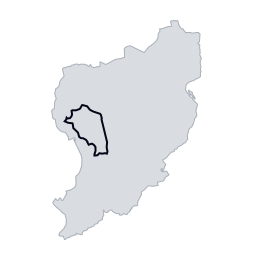 Semnan on a map of Iran (Natural Earth projection), rotated 258°
{"feature_id": "IRN-3215", "entity_name": "Semnan", "entity_type": "Province", "adm_level": 1, "iso_a3": "IRN", "parent_name": "Iran", "parent_adm1": "", "projection": "natural_earth1", "projection_center": [54.411, 35.84], "detail": "coarse", "context": "in_parent", "style": "outline", "palette": "ink", "viewbox_px": 256, "rotation_deg": 258, "n_neighbors": 0, "source": "natural_earth", "source_scale": "10m", "svg_char_len": 4124}
<svg xmlns="http://www.w3.org/2000/svg" viewBox="0 0 256 256"><g transform="rotate(258 128 128)"><path d="M128.5,67.6L131.2,67.7L136.2,66.1L136.7,65.7L138.2,62.3L139.9,60.8L142.9,59.0L144.9,58.4L151.7,58.6L152.2,57.2L153.3,56.5L160.7,56.9L161.8,58.0L162.3,59.9L168.5,61.7L169.7,62.2L171.3,63.7L172.5,64.0L174.1,63.4L175.1,63.8L176.7,63.4L181.5,65.6L182.2,67.7L183.1,68.7L184.2,69.6L188.0,71.3L189.1,72.3L192.0,76.3L199.6,76.2L200.2,77.1L200.1,78.8L200.7,82.9L200.1,84.4L201.1,85.7L201.1,88.3L201.5,90.0L200.7,92.5L199.8,93.0L200.3,95.2L199.6,97.3L199.7,98.1L198.5,99.9L198.5,100.6L196.3,102.3L197.9,104.7L195.5,104.9L194.0,107.5L194.4,110.6L194.0,112.2L194.3,113.1L194.9,113.7L198.3,114.3L198.4,114.7L194.9,119.2L195.1,121.0L197.8,130.1L197.4,134.7L197.9,139.4L206.3,140.8L207.3,142.0L208.0,144.6L208.0,146.6L207.7,147.6L198.4,159.5L203.3,165.5L203.5,166.8L206.5,172.7L209.3,175.7L214.0,177.3L216.2,179.5L218.2,179.4L218.1,182.4L218.9,188.6L218.4,191.4L220.0,192.0L222.6,191.6L223.5,192.1L224.0,193.2L223.4,193.7L223.5,196.2L222.9,196.7L222.6,199.0L218.8,199.1L215.3,200.1L214.0,201.0L213.3,202.6L212.2,202.5L211.8,203.1L209.3,204.2L208.5,208.9L207.5,210.1L206.9,216.8L206.3,216.9L205.1,218.0L197.4,215.8L196.6,214.2L195.8,213.9L194.7,215.5L190.9,214.6L189.6,214.8L188.7,214.4L186.7,214.3L185.0,213.4L180.8,214.2L178.3,212.5L175.5,212.0L172.2,212.0L169.5,210.8L168.0,211.3L167.4,210.4L163.3,209.6L162.0,206.5L161.9,205.0L160.9,202.4L160.5,198.6L159.6,195.9L157.9,193.6L153.2,192.2L150.8,192.9L149.0,194.2L146.0,195.0L143.7,197.5L142.4,197.3L137.0,200.8L135.8,200.7L131.7,198.4L129.9,198.0L126.2,198.1L124.2,196.5L123.7,195.4L118.8,193.0L115.9,190.7L115.0,188.6L113.7,187.1L110.8,185.9L109.2,184.6L104.7,184.1L101.6,180.8L101.6,179.7L99.7,176.1L99.4,173.5L99.0,172.8L97.5,171.7L97.2,171.0L97.6,169.3L95.6,168.3L95.3,167.5L95.3,164.9L90.5,158.8L89.6,155.4L88.7,155.2L84.3,157.4L83.1,156.2L79.3,154.0L78.8,153.2L79.8,152.8L80.7,153.2L81.3,152.7L81.1,152.0L80.1,151.5L78.8,151.6L79.2,152.3L78.0,152.9L77.7,153.8L77.9,156.3L77.4,157.0L75.4,157.5L74.1,158.3L73.0,157.3L72.7,155.5L72.0,154.3L71.0,153.8L70.2,152.7L68.9,152.1L68.9,145.6L65.6,145.5L65.7,140.6L67.3,135.7L64.2,131.3L62.8,128.0L62.0,127.4L60.3,127.5L54.9,123.0L53.0,121.8L50.4,121.4L50.1,119.8L50.8,118.1L49.6,115.8L49.2,115.1L48.1,114.9L48.2,113.4L46.8,113.5L44.3,109.5L43.5,109.0L45.0,106.0L44.1,103.5L44.7,101.5L46.1,101.6L46.6,98.8L49.1,96.0L51.2,94.8L51.4,93.9L51.0,92.4L49.7,90.5L50.0,88.9L50.4,88.1L52.7,87.2L52.8,86.9L51.7,86.3L47.9,86.3L45.8,84.4L43.8,83.9L42.8,79.7L42.4,79.2L41.5,79.1L40.9,78.3L40.7,75.5L39.4,74.3L38.3,70.2L38.3,69.2L38.7,68.3L36.6,66.5L36.4,63.8L36.8,63.1L34.4,61.1L33.3,61.0L33.2,60.7L35.0,56.5L35.7,55.5L34.3,54.9L34.3,52.8L34.0,51.0L34.2,49.4L33.2,48.2L33.0,47.4L33.4,45.6L32.5,44.7L32.0,42.7L35.6,42.2L36.3,39.2L37.6,38.0L39.8,39.4L42.8,44.2L44.7,45.6L46.1,47.3L52.8,48.9L54.2,48.4L56.5,48.5L59.5,45.5L60.9,45.1L64.4,42.2L68.7,39.4L70.9,39.0L74.0,42.5L72.1,43.5L71.8,44.4L72.0,45.3L73.4,46.1L73.6,47.1L73.1,47.6L71.2,48.1L70.6,49.1L72.6,50.7L73.6,52.1L74.7,52.4L76.4,54.5L79.1,54.2L79.5,59.4L81.0,63.6L83.8,65.5L91.3,66.8L92.1,67.7L93.3,70.0L95.2,71.7L100.9,75.0L107.2,76.5L111.5,76.5L127.1,72.7L128.5,72.7L126.2,73.6L127.1,74.0L129.1,74.0L129.5,73.7L129.6,73.0L128.5,67.6ZM151.5,195.7L150.6,197.1L149.1,198.4L148.1,198.0L143.7,199.8L142.6,199.7L142.4,199.1L147.2,197.0L147.4,196.5L147.1,195.3L148.7,195.8L150.4,194.9L151.8,194.7L152.4,195.3L151.5,195.7Z" fill="#d9dde1" stroke="#a8b0b8" stroke-width="1"/><path d="M122.9,85.5L125.2,84.4L127.2,82.1L128.0,79.7L129.5,78.4L133.9,78.1L139.3,74.5L143.7,74.8L144.2,74.6L145.5,70.6L147.7,67.5L149.2,69.4L150.8,70.1L149.9,70.7L149.7,73.3L151.1,75.0L152.8,76.1L156.6,76.4L156.9,77.4L156.1,80.6L156.6,84.4L156.9,85.1L159.9,87.8L159.8,88.6L157.7,92.6L154.1,94.3L152.9,95.5L151.3,97.5L147.7,103.6L146.6,104.2L143.0,104.4L142.1,103.9L118.4,104.6L113.6,103.1L109.2,103.0L107.3,102.0L108.1,100.4L108.3,97.3L109.3,94.8L107.7,92.5L108.0,89.5L109.3,89.7L112.4,91.5L116.2,92.2L118.3,91.3L119.9,89.9L120.2,88.8L119.8,86.1L122.5,85.3L122.9,85.5Z" fill="none" stroke="#020617" stroke-width="2"/></g></svg>